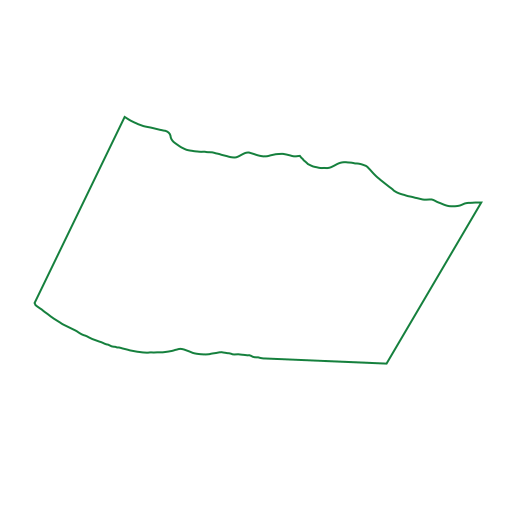 the district of Chilecito, La Rioja, Argentina, rotated 296°
{"feature_id": "61730980B21035116848731", "entity_name": "Chilecito", "entity_type": "district", "adm_level": 2, "iso_a3": "ARG", "parent_name": "Argentina", "parent_adm1": "La Rioja", "projection": "equal_earth", "projection_center": [-67.377, -29.416], "detail": "fine", "context": "isolated", "style": "outline", "palette": "green", "viewbox_px": 512, "rotation_deg": 296, "n_neighbors": 0, "source": "geoboundaries", "source_scale": "gbopen_adm2", "svg_char_len": 4304}
<svg xmlns="http://www.w3.org/2000/svg" viewBox="0 0 512 512"><g transform="rotate(296 256 256)"><path d="M402.8,435.0L401.9,433.2L401.1,431.6L400.3,429.9L399.4,428.3L398.5,426.8L397.6,425.1L396.8,423.5L395.8,422.0L394.7,420.6L393.4,419.5L392.1,418.4L390.8,417.2L389.7,415.8L388.7,414.3L387.8,412.8L387.0,411.1L386.2,409.5L385.5,407.8L385.0,405.9L384.7,404.1L384.5,402.2L384.4,400.3L384.3,398.4L384.1,396.6L384.0,394.7L384.1,392.8L384.1,390.9L383.8,389.0L383.0,387.4L382.1,385.8L381.2,384.2L380.4,382.6L379.8,380.8L379.4,379.0L379.0,377.1L378.6,375.3L378.1,373.5L377.8,371.7L377.4,369.8L376.9,368.0L376.4,366.2L376.1,364.3L375.9,362.5L375.5,360.6L375.2,358.8L375.0,356.9L374.9,355.0L375.0,353.1L375.2,351.2L375.8,349.5L376.2,347.6L376.5,345.8L376.9,343.9L377.3,342.1L377.7,340.2L378.1,338.4L378.5,336.6L378.9,334.7L379.4,332.9L379.8,331.1L380.3,329.3L380.9,327.5L381.5,325.8L382.2,324.0L382.9,322.3L383.6,320.6L384.2,318.9L384.9,317.1L385.2,315.3L385.0,313.4L384.8,311.5L384.5,309.7L384.0,307.8L383.4,306.1L382.6,304.4L382.2,302.6L381.7,300.8L381.0,299.1L380.3,297.4L379.7,295.6L378.9,294.0L377.9,292.4L376.8,291.0L375.6,289.8L374.3,288.7L372.9,287.7L371.5,286.7L370.2,285.7L368.8,284.6L367.6,283.4L366.5,281.9L365.7,280.3L365.0,278.6L364.1,277.0L363.3,275.3L362.8,273.6L362.4,271.7L361.9,269.9L361.5,268.1L361.4,266.2L361.4,264.3L361.4,262.4L362.0,260.6L362.5,258.8L362.9,257.0L363.7,255.4L364.2,253.6L365.2,251.5L364.0,249.6L363.0,248.1L362.2,246.4L361.7,244.6L361.4,242.7L361.0,240.9L360.6,239.1L360.1,237.2L359.6,235.4L358.8,233.8L357.9,232.2L357.0,230.6L356.1,229.1L355.0,227.7L353.9,226.3L352.8,224.9L351.6,223.6L350.5,222.2L349.6,220.6L348.8,219.0L348.2,217.2L347.7,215.4L347.3,213.5L347.0,211.7L346.8,209.8L346.5,207.9L346.2,206.1L345.9,204.2L345.0,202.6L343.9,201.2L342.6,200.1L341.3,199.1L339.9,198.1L338.5,197.1L337.1,196.0L335.9,194.8L335.0,193.3L334.3,191.5L333.7,189.7L333.3,187.9L333.0,186.0L332.6,184.2L332.2,182.4L331.8,180.5L331.6,178.6L331.2,176.8L330.7,175.0L330.4,173.1L330.0,171.3L329.3,169.6L328.5,167.9L327.8,166.2L327.3,164.4L326.5,162.7L325.6,161.1L324.9,159.4L324.3,157.7L323.6,155.9L323.0,154.2L322.5,152.4L321.9,150.6L321.4,148.8L321.0,147.0L320.9,145.1L320.9,143.2L320.9,141.3L321.1,139.4L321.4,137.5L321.7,135.6L322.0,133.8L322.4,131.9L323.1,130.2L324.0,128.7L325.2,127.4L326.6,126.4L327.8,125.1L328.6,123.4L328.9,121.6L328.8,119.7L328.2,117.9L327.8,116.1L327.3,114.3L326.9,112.4L326.5,110.6L326.1,108.7L325.7,106.9L325.3,105.1L324.8,103.3L324.3,101.5L323.8,99.6L323.4,97.8L323.2,95.9L323.0,94.0L322.8,92.1L322.8,90.2L322.7,88.3L322.7,86.4L322.7,84.5L322.8,82.6L323.0,80.7L323.2,78.9L323.4,77.0L116.7,77.6L115.2,79.4L114.8,81.2L114.5,83.1L114.2,85.0L114.0,86.8L113.5,88.7L113.1,90.5L112.8,92.4L112.5,94.2L112.1,96.1L111.7,97.9L111.4,99.8L111.1,101.6L110.9,103.5L110.7,105.4L110.5,107.3L110.3,109.2L110.0,111.1L109.9,112.9L109.9,114.8L109.9,116.8L109.9,118.7L109.9,120.6L109.9,122.4L109.9,124.3L109.9,126.3L109.8,128.1L109.5,130.0L109.3,131.9L109.2,133.8L109.3,135.7L109.6,137.6L109.7,139.4L109.6,141.4L109.6,143.2L109.6,145.1L109.8,147.0L110.0,148.9L110.2,150.8L110.4,152.7L110.7,154.6L110.8,156.5L110.8,158.4L111.0,160.2L111.5,162.0L111.5,163.9L111.5,165.8L112.0,167.6L112.7,169.4L112.9,171.2L113.7,172.9L114.1,174.7L114.4,176.6L114.8,178.4L115.2,180.2L115.6,182.1L115.9,184.0L116.4,185.8L116.9,187.6L117.4,189.4L117.9,191.2L118.5,192.9L119.1,194.7L119.7,196.5L120.4,198.2L121.1,199.9L121.9,201.5L122.9,203.0L123.7,204.7L124.4,206.4L125.3,208.0L126.2,209.6L127.0,211.2L127.8,212.9L128.6,214.5L129.6,216.0L130.6,217.5L131.6,219.0L132.7,220.5L133.7,221.9L134.9,223.3L136.1,224.5L137.2,225.9L138.4,227.2L139.4,228.7L140.0,230.5L140.4,232.3L140.6,234.2L140.8,236.1L141.0,238.0L141.1,239.8L141.2,241.7L141.6,243.6L142.1,245.4L142.7,247.2L143.3,248.9L144.0,250.6L144.7,252.3L145.5,254.0L146.4,255.6L147.3,257.1L148.5,258.5L149.5,259.9L150.5,261.4L151.5,262.9L152.6,264.3L153.7,265.8L154.5,267.4L155.0,269.2L155.6,271.0L156.1,272.8L156.8,274.5L157.2,276.3L157.4,278.2L158.1,279.9L159.0,281.5L159.9,283.1L160.5,284.9L161.1,286.6L161.8,288.4L162.4,290.1L163.0,291.9L163.9,293.5L164.1,295.3L164.0,297.2L164.4,299.1L165.1,300.8L165.9,302.5L166.2,304.3L166.7,306.1L167.3,307.9L168.1,309.6L191.3,362.8L216.5,420.5L402.8,435.0Z" fill="none" stroke="#15803d" stroke-width="2"/></g></svg>